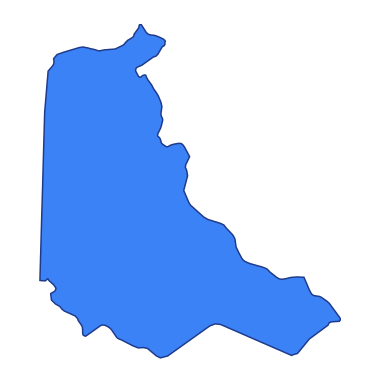 Alajuela, Robinson projection, rotated 181°
{"feature_id": "CRI-1333", "entity_name": "Alajuela", "entity_type": "Province", "adm_level": 1, "iso_a3": "CRI", "parent_name": "Costa Rica", "parent_adm1": "", "projection": "robinson", "projection_center": [-84.692, 10.447], "detail": "fine", "context": "isolated", "style": "filled", "palette": "blue", "viewbox_px": 384, "rotation_deg": 181, "n_neighbors": 0, "source": "natural_earth", "source_scale": "10m", "svg_char_len": 2764}
<svg xmlns="http://www.w3.org/2000/svg" viewBox="0 0 384 384"><g transform="rotate(181 192 192)"><path d="M296.1,45.9L298.4,47.1L298.9,49.2L298.9,51.8L299.3,55.2L300.4,57.1L303.5,61.5L304.2,63.4L306.6,66.0L317.5,70.7L320.0,72.6L322.1,75.2L326.6,77.7L330.7,81.6L331.5,88.0L328.3,89.9L327.3,90.6L326.3,92.7L326.7,94.2L327.7,95.3L328.2,96.3L333.4,100.9L334.6,102.7L337.2,100.6L340.9,100.7L342.5,100.9L342.5,102.1L341.9,159.0L341.4,202.0L341.1,232.5L340.7,269.2L338.0,309.7L338.0,310.3L333.7,315.5L332.5,317.6L332.4,318.4L332.3,319.1L332.3,320.6L332.7,322.9L329.3,327.1L322.8,329.5L307.1,334.5L302.9,335.1L301.7,334.7L298.8,334.3L297.7,334.0L296.8,333.7L292.2,332.8L287.6,331.4L281.9,332.6L271.4,333.6L264.2,337.2L262.3,338.5L262.1,338.9L261.8,339.5L259.0,342.5L255.0,344.9L253.5,346.2L252.8,347.2L252.8,347.8L252.7,348.7L248.4,354.8L248.0,355.8L247.7,357.8L247.3,358.3L245.6,358.4L240.5,350.7L238.4,348.9L235.6,348.2L232.5,348.0L228.6,346.8L223.7,344.6L222.1,343.4L221.3,342.4L221.7,341.0L221.7,339.4L221.8,338.7L222.2,338.1L222.5,337.7L224.2,336.8L228.5,329.2L230.4,327.2L233.0,326.3L244.5,317.8L248.2,316.2L249.4,315.5L250.1,314.7L250.3,314.1L250.5,312.1L247.5,306.6L245.9,305.7L245.3,306.0L243.4,307.6L241.6,308.2L240.8,308.1L240.3,308.0L240.1,307.6L239.8,306.7L239.6,306.1L238.2,303.5L234.3,298.4L232.4,294.9L228.6,289.5L227.2,287.1L224.6,281.1L223.6,276.8L224.4,270.1L224.4,269.1L224.1,267.6L222.8,264.9L222.6,263.9L222.6,262.9L224.0,256.9L224.7,254.9L227.1,249.8L227.4,248.5L227.3,247.5L227.0,247.0L225.5,245.8L224.6,244.3L223.3,240.1L219.1,237.1L217.3,236.8L216.7,237.0L216.2,237.3L214.6,238.3L211.4,239.4L206.9,240.3L205.0,240.4L203.7,240.3L202.2,239.2L201.7,238.7L200.2,236.7L195.0,227.3L198.7,219.2L199.1,216.6L198.6,215.4L198.3,214.9L197.6,213.1L196.7,208.1L200.3,193.4L195.2,181.9L193.4,178.9L180.0,167.3L175.8,164.9L162.9,161.1L159.6,159.6L157.1,156.5L150.9,150.2L150.1,149.2L148.8,146.9L148.1,145.1L147.0,137.9L144.3,132.4L141.0,126.5L139.5,124.7L138.1,123.7L134.9,122.2L132.3,121.3L119.8,118.0L116.1,116.6L114.7,115.4L112.9,113.5L106.0,108.2L104.2,107.2L102.8,106.5L101.3,106.4L99.8,106.4L96.9,106.9L91.7,108.3L85.6,108.9L78.6,108.7L72.8,95.8L70.8,92.3L69.8,91.4L69.2,91.0L68.6,90.8L68.0,90.5L62.8,89.8L61.3,89.2L55.6,85.5L52.9,83.2L42.3,69.3L42.0,68.9L41.5,67.7L41.5,67.0L41.6,66.4L42.4,65.3L50.4,64.6L52.6,63.6L53.2,62.3L53.7,61.2L72.1,47.1L83.3,32.9L84.2,32.2L84.9,32.0L85.8,31.8L87.2,31.3L88.9,30.8L89.5,30.3L123.2,44.3L161.0,60.0L166.4,60.6L171.9,58.4L196.1,40.5L213.5,27.6L220.8,25.6L225.0,27.7L233.9,34.9L238.0,35.6L243.1,35.2L248.5,37.2L260.2,43.0L261.5,43.4L262.7,43.9L263.8,44.6L264.8,45.4L270.1,52.9L272.1,54.8L274.2,56.1L276.7,57.2L279.3,57.5L281.5,56.5L294.1,47.2L296.1,45.9Z" fill="#3b82f6" stroke="#1e3a8a" stroke-width="1.5"/></g></svg>